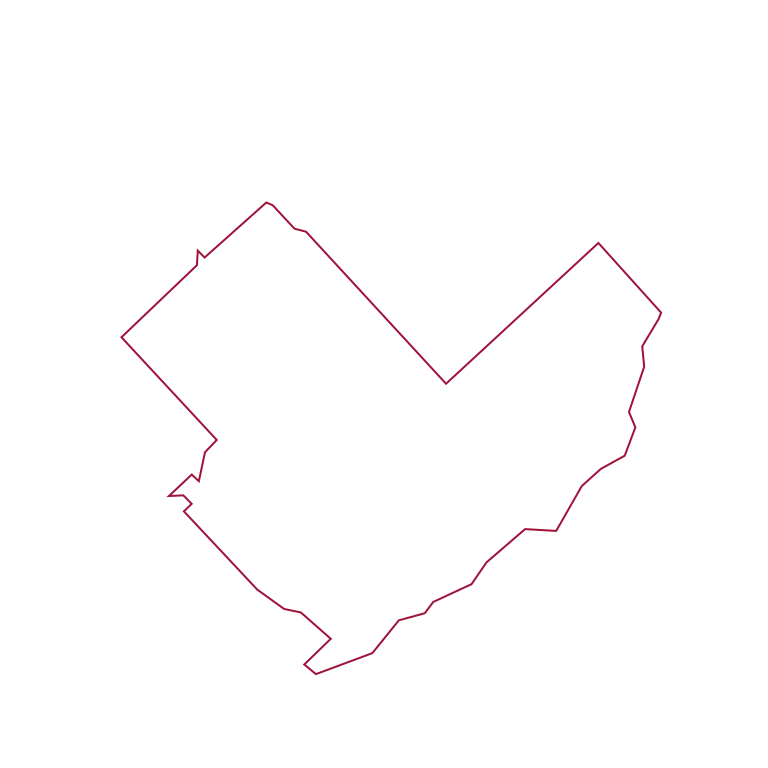 the district of Early, Georgia, United States of America, rotated 226°
{"feature_id": "52423323B60189999590545", "entity_name": "Early", "entity_type": "district", "adm_level": 2, "iso_a3": "USA", "parent_name": "United States of America", "parent_adm1": "Georgia", "projection": "natural_earth1", "projection_center": [-84.929, 31.296], "detail": "fine", "context": "isolated", "style": "outline", "palette": "rose", "viewbox_px": 768, "rotation_deg": 226, "n_neighbors": 0, "source": "geoboundaries", "source_scale": "gbopen_adm2", "svg_char_len": 682}
<svg xmlns="http://www.w3.org/2000/svg" viewBox="0 0 768 768"><g transform="rotate(226 384 384)"><path d="M182.5,369.3L181.6,384.7L158.7,405.8L173.2,455.4L172.3,481.1L165.2,507.4L178.2,534.7L193.7,540.8L215.7,583.2L231.7,595.9L240.0,626.7L242.8,632.9L336.5,636.2L341.1,428.8L547.7,433.7L557.9,427.5L590.0,428.1L596.3,425.4L599.6,342.8L609.3,342.7L599.4,331.9L600.0,227.6L459.9,224.8L459.3,207.9L442.7,183.3L452.4,182.8L452.8,151.5L443.3,162.3L431.4,162.4L431.4,151.6L324.1,150.0L291.5,155.9L277.4,165.5L237.7,168.7L237.6,131.8L222.6,133.5L198.5,188.7L203.7,230.5L190.8,254.1L193.0,268.1L179.2,308.0L184.5,333.8L182.5,369.3Z" fill="none" stroke="#9f1239" stroke-width="2"/></g></svg>